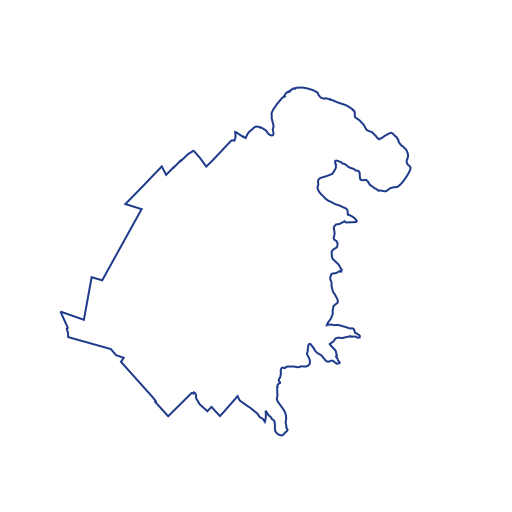 Techirghiol, Constanta, Romania, rotated 309°
{"feature_id": "2599482B24507492005350", "entity_name": "Techirghiol", "entity_type": "district", "adm_level": 2, "iso_a3": "ROU", "parent_name": "Romania", "parent_adm1": "Constanta", "projection": "natural_earth1", "projection_center": [28.603, 44.038], "detail": "fine", "context": "isolated", "style": "outline", "palette": "blue", "viewbox_px": 512, "rotation_deg": 309, "n_neighbors": 0, "source": "geoboundaries", "source_scale": "gbopen_adm2", "svg_char_len": 6137}
<svg xmlns="http://www.w3.org/2000/svg" viewBox="0 0 512 512"><g transform="rotate(309 256 256)"><path d="M298.5,141.7L298.4,141.2L292.7,139.1L282.3,137.8L282.5,137.3L273.0,136.4L273.1,136.1L262.5,135.1L266.3,126.4L236.1,123.9L214.2,121.8L220.4,137.6L140.3,151.8L136.1,141.6L98.1,162.4L90.0,139.7L89.3,139.9L81.7,155.0L80.2,154.8L78.2,158.0L74.8,161.1L92.3,201.7L90.9,209.7L93.6,217.2L90.5,217.6L88.8,217.6L81.2,264.7L80.1,269.6L79.2,269.4L79.0,270.6L76.2,288.6L109.1,292.2L109.7,293.8L110.9,293.5L111.1,294.7L110.3,296.9L107.9,298.7L105.3,305.6L104.8,315.9L110.7,316.4L108.9,328.7L114.6,329.1L135.5,329.9L133.8,333.3L133.5,334.5L134.1,344.9L134.4,345.9L134.4,356.3L133.2,359.9L133.7,364.2L132.7,367.2L134.7,366.3L136.8,365.1L140.0,362.6L141.1,361.4L141.6,361.6L140.2,366.0L140.1,369.0L139.3,371.1L139.5,372.8L139.2,374.3L136.8,376.9L133.9,379.2L132.1,381.1L131.6,382.4L131.3,384.7L131.6,386.5L132.6,388.8L134.0,389.6L138.0,389.9L139.1,390.2L139.9,390.2L140.8,389.8L141.1,389.5L141.2,388.7L142.0,387.2L142.2,387.3L142.8,386.8L145.2,383.8L148.8,381.7L151.3,379.1L152.9,376.7L154.0,373.9L156.6,364.4L158.1,362.0L161.0,360.6L163.3,358.4L167.3,355.1L167.9,355.2L168.4,354.4L168.7,354.3L168.9,354.0L170.9,353.9L172.3,354.6L173.0,354.1L173.2,352.7L173.4,352.2L174.1,351.7L175.1,351.3L177.0,351.1L180.5,349.3L181.3,348.3L183.0,347.0L184.7,346.4L185.4,346.6L186.3,347.2L186.8,348.6L187.3,349.1L188.6,349.2L189.3,349.5L190.5,350.7L194.1,355.2L195.5,358.0L196.7,359.3L198.6,360.4L201.4,364.3L203.4,365.5L205.9,365.6L207.1,365.0L208.5,363.8L209.3,362.8L210.6,360.4L211.7,357.5L212.4,356.9L214.5,356.1L215.1,355.8L215.7,355.1L218.1,353.9L218.9,353.2L220.4,352.6L221.3,352.9L221.7,353.4L221.8,354.1L221.6,355.2L220.8,357.7L221.0,358.1L219.6,361.4L219.3,363.5L219.2,364.4L219.8,368.4L219.9,370.2L219.3,372.0L219.1,373.8L218.5,376.2L218.6,377.2L219.7,379.2L221.4,379.9L222.4,380.7L223.1,382.3L222.9,383.7L223.1,386.5L224.3,387.7L225.5,388.3L226.0,387.9L226.5,385.4L228.1,382.9L227.9,382.6L228.1,381.6L228.9,381.3L229.7,381.4L230.7,379.7L231.4,379.1L232.3,377.8L232.8,376.1L233.7,369.1L233.9,368.7L238.5,369.9L241.2,369.7L242.0,369.8L243.2,370.4L244.2,371.2L245.3,372.8L246.3,374.5L251.0,378.1L252.5,379.6L253.2,379.7L253.1,380.7L255.7,383.5L256.1,384.2L256.4,386.2L257.8,387.8L259.2,387.1L259.4,386.0L259.3,384.4L259.0,382.3L258.7,381.2L259.7,379.8L260.1,379.0L260.7,378.4L260.6,376.8L260.3,376.2L258.8,374.6L257.0,369.8L254.1,363.2L251.5,360.3L250.5,358.3L249.2,356.7L248.0,355.2L246.9,354.6L248.7,353.9L254.4,353.6L259.1,352.2L261.5,350.2L265.6,347.8L267.6,348.0L271.0,348.8L272.0,348.4L273.1,347.2L273.7,346.2L275.8,341.5L276.2,339.5L277.1,337.7L280.4,333.3L282.0,332.3L283.2,331.0L284.8,328.1L286.3,327.1L289.1,326.1L289.8,326.1L290.6,326.6L292.5,328.5L293.6,329.2L297.2,330.7L297.3,331.0L297.1,331.6L297.5,332.1L298.1,331.8L297.9,331.6L299.3,331.3L299.5,331.1L299.4,330.2L300.8,327.2L301.4,324.8L302.0,317.6L302.3,316.9L303.6,315.0L304.6,314.3L306.3,312.5L307.0,312.1L309.1,311.9L310.1,312.1L313.1,313.2L314.1,313.3L315.5,312.6L316.9,311.6L317.4,311.0L317.9,310.0L318.2,308.9L318.0,306.3L318.7,305.1L322.4,303.3L324.1,301.9L326.5,299.0L327.2,298.5L328.1,298.2L330.8,298.3L333.4,300.7L335.1,301.5L338.7,302.9L338.5,303.7L338.6,304.5L339.5,305.8L344.8,311.8L345.8,312.5L346.5,312.4L346.8,312.0L347.1,311.2L347.1,310.1L347.4,309.6L347.4,308.0L347.2,305.5L346.7,303.7L346.7,302.6L345.9,301.6L346.0,301.2L348.1,299.4L349.1,298.2L349.4,297.3L349.5,296.3L349.4,295.4L348.4,291.8L347.9,289.2L346.2,285.2L345.2,279.9L344.4,277.2L344.3,273.8L344.8,270.8L345.0,267.3L345.7,264.5L346.2,263.2L347.6,261.0L349.0,260.0L350.8,259.5L352.5,257.7L353.9,256.6L355.3,256.5L357.1,256.9L361.9,260.2L366.0,262.6L367.9,263.5L370.3,263.4L373.8,262.9L375.5,262.1L376.8,260.8L377.2,260.8L377.5,260.5L377.4,260.2L378.0,259.2L379.0,258.1L379.8,257.8L380.4,258.1L381.0,258.8L381.7,260.7L381.8,261.6L382.2,262.3L382.4,263.3L382.3,264.9L383.4,267.3L383.4,271.4L383.7,273.4L385.2,277.2L385.2,279.4L385.6,280.3L386.1,281.0L386.5,282.5L385.9,284.2L382.9,286.8L381.1,289.0L381.1,289.4L381.8,290.9L382.7,292.0L384.3,293.4L384.5,294.2L384.2,296.4L382.9,299.8L383.3,303.2L383.3,305.7L383.6,306.4L383.8,307.9L383.8,310.3L384.9,311.0L385.3,311.6L387.0,314.9L388.2,316.3L389.3,316.7L392.8,317.5L396.1,319.7L397.0,320.9L398.6,322.3L399.7,322.7L403.9,323.4L405.3,323.4L411.7,323.1L416.7,322.4L419.9,321.6L421.3,321.0L421.9,320.5L422.6,318.6L422.4,317.2L423.0,315.4L423.6,314.3L424.4,313.4L425.8,312.6L426.5,312.6L429.3,311.4L431.4,309.2L432.6,307.0L433.2,305.2L433.6,301.2L433.6,300.3L433.3,299.7L433.8,297.3L434.4,295.3L436.0,293.0L436.2,292.5L436.1,292.0L436.9,290.4L437.0,289.9L436.7,288.7L437.2,285.3L436.9,283.6L434.8,282.2L430.7,280.6L426.0,279.2L425.4,278.6L424.1,278.2L424.2,277.1L424.0,276.0L424.7,273.7L425.2,268.8L425.1,267.9L423.7,263.6L423.8,261.8L425.7,257.3L426.2,254.1L426.2,253.3L426.6,251.4L426.2,245.6L427.0,244.6L427.6,244.3L429.1,242.7L430.0,242.3L430.6,240.5L430.6,240.1L430.3,239.9L430.3,239.5L430.7,239.3L430.5,235.2L429.8,231.0L426.7,222.7L425.4,218.0L424.4,215.7L424.6,215.7L424.7,215.3L424.2,215.2L423.5,212.9L422.3,210.6L421.3,210.3L420.0,207.3L420.0,205.7L420.6,202.8L421.5,201.8L421.6,201.1L421.6,199.9L420.6,195.4L418.0,189.3L415.9,185.8L415.0,184.7L412.1,181.5L410.9,180.8L410.6,181.0L410.4,180.9L410.7,180.5L409.7,179.6L407.5,178.8L406.7,179.0L405.9,178.4L404.9,178.1L404.7,178.5L403.5,177.9L403.6,177.5L402.5,177.1L401.5,176.9L398.9,177.1L398.5,177.2L398.2,178.1L397.9,178.0L397.9,177.5L397.6,177.3L394.9,176.8L387.4,176.7L380.1,177.3L377.2,178.1L375.9,178.8L374.7,180.2L373.0,181.4L368.3,187.6L367.6,188.2L364.9,189.3L362.6,192.2L361.8,192.8L360.6,193.2L359.5,192.3L359.1,191.4L358.9,190.6L358.7,189.6L359.0,187.3L359.4,186.5L359.6,185.9L359.5,185.6L359.8,184.9L359.7,183.4L359.3,180.3L358.8,178.6L358.6,178.1L358.2,178.0L358.1,177.7L358.4,177.5L357.3,175.4L356.3,174.4L355.0,173.8L348.3,172.6L345.7,172.6L341.1,173.7L340.9,171.2L340.5,171.3L339.7,163.1L339.2,161.8L337.4,163.7L335.8,165.0L334.1,165.9L332.0,166.6L331.5,165.5L330.8,164.6L329.7,164.1L304.3,162.2L294.2,161.1L297.0,150.6L298.5,141.7Z" fill="none" stroke="#1e3a8a" stroke-width="2"/></g></svg>